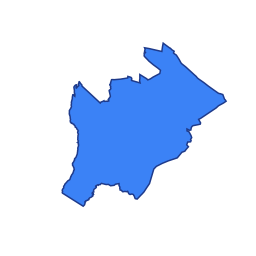 outline of Ketu North, Volta, Ghana, rotated 213°
{"feature_id": "2480657B52907018957478", "entity_name": "Ketu North", "entity_type": "district", "adm_level": 2, "iso_a3": "GHA", "parent_name": "Ghana", "parent_adm1": "Volta", "projection": "mercator", "projection_center": [0.996, 6.191], "detail": "fine", "context": "isolated", "style": "filled", "palette": "blue", "viewbox_px": 256, "rotation_deg": 213, "n_neighbors": 0, "source": "geoboundaries", "source_scale": "gbopen_adm2", "svg_char_len": 5574}
<svg xmlns="http://www.w3.org/2000/svg" viewBox="0 0 256 256"><g transform="rotate(213 128 128)"><path d="M194.6,140.4L194.0,139.9L194.1,139.6L193.9,139.4L193.5,139.3L193.4,139.2L193.5,138.8L193.6,138.6L193.7,138.3L192.3,136.7L192.9,134.4L192.9,133.5L193.1,133.3L193.4,133.4L193.6,133.7L193.9,134.7L194.1,135.6L194.3,136.0L194.5,136.3L194.9,136.1L195.3,135.6L195.5,135.1L195.7,134.0L195.7,133.1L195.5,132.6L194.4,131.4L193.4,130.3L193.2,130.0L192.5,128.8L192.1,128.3L191.1,127.5L190.4,126.6L189.9,125.6L190.7,125.7L191.3,126.0L191.8,126.2L192.1,126.2L192.4,125.9L192.3,125.4L192.1,125.1L191.6,123.8L191.0,122.7L190.7,122.3L189.5,118.7L188.5,117.4L188.3,116.6L188.1,116.2L187.9,116.0L187.5,115.7L187.3,115.4L187.0,115.0L186.9,114.4L186.9,114.0L186.7,113.2L186.7,111.1L186.6,110.5L185.9,109.6L185.6,109.0L185.3,108.6L185.1,108.1L184.8,107.9L184.7,107.6L184.1,107.3L183.9,106.9L183.2,106.5L182.3,105.5L181.7,104.6L181.3,104.3L180.8,103.7L180.7,103.5L180.5,102.8L180.3,102.4L180.0,102.1L179.7,101.9L179.5,101.6L179.3,101.6L179.1,101.7L178.9,101.6L178.7,101.4L178.4,101.5L178.2,101.3L177.9,101.5L177.7,101.3L177.4,101.5L177.0,101.4L176.5,101.5L175.9,101.4L175.4,101.6L175.2,101.4L175.0,101.2L174.5,101.2L173.3,100.8L172.9,100.1L172.7,100.0L172.4,100.0L172.1,100.1L171.8,100.1L171.0,99.9L170.7,99.6L170.3,99.4L169.9,99.1L169.3,99.1L168.8,98.8L168.4,98.6L168.1,98.5L168.1,98.3L168.1,97.9L168.1,97.4L167.9,97.0L167.7,96.7L167.2,96.5L166.8,96.0L166.4,96.0L166.3,95.9L166.1,95.4L165.9,94.8L165.8,94.3L165.5,93.9L164.9,92.7L164.4,92.0L163.8,90.9L163.5,90.6L163.2,90.4L162.7,90.3L162.5,90.1L162.4,89.6L162.5,89.4L162.4,89.2L162.0,89.0L161.8,88.7L161.7,88.6L162.0,88.3L161.8,88.3L161.5,88.3L161.1,87.9L160.9,87.4L160.5,87.2L160.3,87.0L160.3,86.7L160.2,86.6L159.9,86.3L159.7,85.8L159.5,84.9L159.4,84.4L159.3,84.1L158.9,83.4L158.3,82.7L158.0,81.7L157.7,81.4L157.3,80.4L156.5,78.8L156.2,78.1L156.2,77.3L155.9,76.3L155.7,75.1L155.7,74.5L156.0,73.7L156.0,72.9L155.9,72.6L155.5,72.4L155.3,72.1L155.4,71.1L155.2,70.3L155.2,69.5L155.3,68.7L155.2,68.2L155.2,67.9L154.8,67.6L154.4,66.7L153.4,66.2L153.1,66.1L152.5,65.6L151.8,65.3L151.4,64.8L151.2,64.6L150.4,63.9L150.3,63.6L150.5,63.2L150.4,62.7L149.9,61.5L149.9,61.0L149.6,60.1L149.6,59.4L149.7,57.7L149.6,57.1L149.4,56.7L149.5,56.2L148.7,53.0L149.7,50.9L150.2,47.3L150.4,46.4L150.1,45.7L150.1,45.2L150.2,44.3L150.0,43.6L149.6,43.2L149.4,42.9L149.3,42.7L149.3,42.4L149.5,41.7L149.4,40.4L149.3,40.0L148.9,39.6L148.4,39.4L148.1,38.2L147.5,37.7L123.0,38.0L122.6,39.9L123.2,41.8L123.9,42.5L123.9,42.9L123.7,43.0L123.6,42.9L123.4,43.0L123.5,43.7L123.7,43.9L123.7,44.0L123.4,44.4L123.1,44.6L123.0,44.9L122.5,45.4L122.4,45.7L122.4,46.0L122.0,46.2L121.8,46.7L121.9,46.9L122.3,47.3L122.0,48.8L121.4,49.5L120.5,51.6L120.5,51.9L121.1,51.9L121.4,52.6L120.8,53.4L121.1,53.5L121.4,54.1L122.6,53.9L122.6,54.9L122.3,55.2L122.1,55.4L122.0,55.7L121.9,55.8L122.8,56.8L122.9,57.0L123.1,57.8L123.0,58.5L122.4,60.0L122.3,61.0L122.6,61.5L122.9,61.5L123.2,61.5L123.4,61.5L123.5,61.7L123.5,61.8L122.9,62.6L122.9,63.0L122.5,63.8L122.1,64.1L121.7,63.9L121.4,64.8L120.5,65.4L120.5,65.8L120.1,67.1L115.5,68.7L113.8,70.0L111.1,70.1L108.4,72.4L107.9,74.0L105.3,76.5L104.9,76.0L104.6,75.4L104.1,74.8L102.6,74.0L102.0,72.9L101.2,72.1L100.9,71.9L100.8,71.7L99.7,72.1L99.0,71.9L98.2,71.8L98.0,71.7L97.8,71.7L97.6,71.7L96.1,73.1L95.2,73.5L94.7,73.8L94.3,73.9L93.8,74.7L91.5,73.3L91.3,73.3L90.2,73.3L89.8,73.6L89.4,74.2L88.9,74.6L88.3,74.9L87.4,75.1L87.0,75.0L86.5,74.6L85.8,74.4L84.0,73.0L83.7,72.8L83.4,72.7L81.6,73.4L80.6,78.8L80.3,80.1L79.8,83.0L79.8,84.3L79.8,88.0L79.7,93.1L84.0,107.6L83.3,111.3L80.0,117.0L76.3,122.4L70.4,129.8L69.6,137.0L67.7,139.5L67.6,141.6L67.2,144.5L67.1,145.2L69.6,145.9L70.3,148.7L68.0,150.5L68.2,151.8L69.3,152.5L69.3,154.6L70.8,155.8L71.9,156.5L75.0,158.1L76.9,157.7L78.0,159.3L75.3,159.6L74.2,160.5L75.1,162.7L75.1,163.0L75.2,163.7L75.1,164.4L74.9,165.0L74.8,165.3L70.4,169.6L69.5,170.6L69.6,171.1L69.9,171.6L70.0,171.9L73.5,173.7L72.4,175.5L65.0,192.8L64.2,196.0L61.5,201.0L60.3,203.9L61.6,204.5L62.1,204.6L62.7,204.7L66.7,207.7L69.4,207.0L70.5,206.5L71.7,206.4L76.9,206.6L83.5,206.9L89.1,207.4L95.8,207.6L97.2,207.8L98.9,208.4L101.7,208.8L108.2,209.9L113.0,210.7L117.5,211.1L118.9,211.4L122.4,213.3L126.1,215.0L127.0,215.4L127.3,215.5L129.8,215.5L130.7,215.7L131.1,217.5L133.8,217.5L136.0,218.0L136.6,217.8L144.7,218.3L143.4,215.1L141.3,210.6L153.6,206.1L157.8,204.3L157.2,203.9L156.5,203.2L155.9,201.3L155.2,201.0L154.5,201.0L154.4,200.8L154.4,200.5L154.5,200.4L155.1,200.4L155.3,200.2L155.3,199.8L154.9,199.1L154.1,198.1L153.8,197.3L152.9,196.9L152.4,196.8L151.2,196.5L148.5,195.9L147.0,195.5L141.0,194.8L135.7,194.5L132.2,194.1L131.0,191.0L134.8,184.2L135.5,182.5L136.0,181.4L136.8,180.2L137.6,179.1L139.1,179.5L147.2,179.3L144.9,175.8L144.4,174.6L144.1,174.1L143.8,173.7L142.4,172.4L150.9,169.8L151.2,170.1L151.4,170.9L151.7,171.4L152.1,171.8L153.1,172.1L156.2,171.2L155.5,169.8L161.0,164.8L166.3,160.7L166.9,160.5L168.1,159.6L167.3,156.6L166.6,155.4L167.0,154.8L166.9,154.4L166.1,153.8L165.4,153.7L165.1,153.4L164.8,152.5L164.3,152.2L164.0,151.9L163.8,151.4L163.8,150.9L163.9,150.4L164.0,149.9L164.2,149.7L164.2,149.1L160.3,145.3L160.1,145.0L159.9,144.7L160.0,143.8L159.9,143.3L160.1,142.5L160.1,142.4L159.8,142.1L160.0,141.7L159.9,141.5L160.1,141.3L160.1,141.1L160.0,140.9L158.9,140.3L159.5,139.4L159.9,139.1L160.7,138.7L162.0,137.6L162.6,137.5L163.0,137.8L163.4,137.0L163.5,136.8L164.8,135.0L164.9,134.7L164.9,133.8L189.4,138.1L190.2,139.0L192.0,139.5L193.6,140.2L194.6,140.4Z" fill="#3b82f6" stroke="#1e3a8a" stroke-width="1.5"/></g></svg>